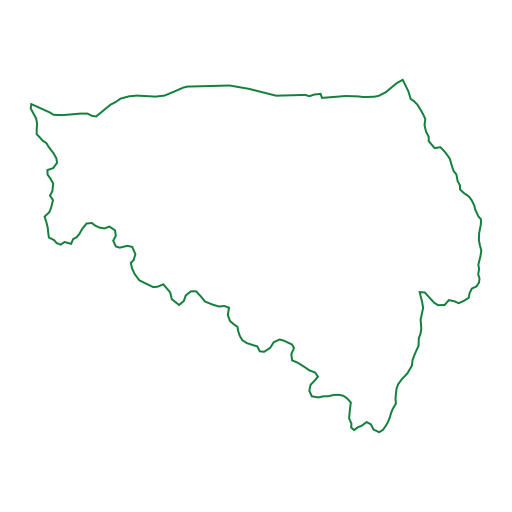 Riolândia, São Paulo, Brazil
{"feature_id": "56859067B96578254968742", "entity_name": "Riolândia", "entity_type": "district", "adm_level": 2, "iso_a3": "BRA", "parent_name": "Brazil", "parent_adm1": "São Paulo", "projection": "orthographic", "projection_center": [-49.714, -20.05], "detail": "fine", "context": "isolated", "style": "outline", "palette": "green", "viewbox_px": 512, "rotation_deg": 0, "n_neighbors": 0, "source": "geoboundaries", "source_scale": "gbopen_adm2", "svg_char_len": 2883}
<svg xmlns="http://www.w3.org/2000/svg" viewBox="0 0 512 512"><path d="M229.6,85.5L187.3,86.6L183.3,87.6L173.7,91.8L164.5,95.6L155.5,96.6L136.7,95.6L129.1,96.3L120.6,98.6L115.7,102.0L110.5,104.7L96.1,116.5L91.9,115.8L87.5,113.6L80.3,113.6L63.0,115.1L53.5,114.8L49.9,112.5L31.3,104.1L30.7,108.5L33.9,114.4L36.1,118.4L37.1,123.5L36.7,129.2L36.7,134.2L39.6,137.2L42.8,140.8L46.2,142.9L49.2,147.7L53.5,153.2L56.3,158.2L57.1,162.7L53.2,168.1L47.4,170.1L47.6,174.7L50.6,178.8L53.2,183.7L52.4,191.1L50.0,195.5L53.0,200.2L51.0,208.1L49.3,212.2L44.6,216.6L46.4,222.3L47.7,227.6L48.2,232.4L48.9,237.5L54.2,240.2L56.6,243.1L60.7,244.6L64.6,242.0L71.1,243.9L73.1,239.1L76.6,237.3L79.4,233.9L82.4,228.6L86.6,223.5L91.8,223.0L95.2,225.6L99.5,227.6L104.5,228.4L109.4,226.6L115.0,230.3L115.8,235.8L113.2,240.6L115.8,246.4L119.7,247.7L127.3,245.8L132.2,246.9L135.4,254.2L133.6,260.1L130.8,262.9L132.0,268.2L134.5,273.8L139.3,280.3L144.1,282.7L153.2,287.1L157.7,286.7L163.3,284.3L170.2,292.4L171.8,299.2L179.1,305.0L183.8,301.0L185.8,295.3L191.1,291.3L196.1,291.3L200.7,296.3L204.9,301.5L212.3,304.5L219.0,306.5L224.4,306.0L229.0,307.7L227.8,315.1L230.0,321.0L234.2,324.6L237.5,326.8L238.1,330.8L239.6,335.5L242.3,340.2L246.8,343.1L252.7,345.0L257.3,346.4L259.8,351.3L264.1,351.8L270.3,347.7L273.7,342.2L279.6,339.5L283.8,340.6L287.5,342.4L292.0,344.5L294.0,348.1L291.3,354.1L292.1,360.3L297.6,362.7L304.4,366.9L309.3,370.3L315.2,372.6L317.9,376.6L315.4,379.8L310.6,384.8L309.3,390.7L311.8,396.3L318.2,397.4L323.1,396.4L328.5,396.2L334.0,394.9L339.5,394.9L343.4,395.8L347.2,398.5L350.8,402.5L349.8,410.7L349.1,418.3L351.4,423.6L351.2,427.5L354.1,430.1L357.7,427.4L361.7,425.7L366.6,422.1L370.9,424.3L373.5,429.5L379.1,432.2L382.9,429.9L385.6,426.1L387.8,422.3L390.0,416.9L391.0,413.1L392.7,409.0L395.9,403.6L395.5,398.1L395.9,394.1L396.5,388.8L398.3,384.0L402.0,379.0L407.3,373.5L411.9,365.7L412.6,359.8L414.3,355.3L416.3,350.7L418.5,345.9L418.8,338.3L420.6,333.4L421.3,328.6L420.6,319.8L423.1,307.9L422.1,301.8L420.9,297.2L419.7,292.1L424.8,292.5L434.1,302.7L438.1,305.2L444.6,305.0L448.9,300.1L454.5,301.3L458.6,303.2L463.6,301.0L468.7,297.8L469.6,293.1L471.8,288.6L476.5,286.4L479.0,282.5L479.5,278.6L478.2,274.3L479.1,268.9L478.3,264.8L480.5,256.0L481.3,250.3L479.9,245.5L478.9,240.1L479.1,233.4L480.9,224.1L480.9,219.3L478.3,216.2L475.4,210.0L474.2,205.4L471.6,200.1L468.8,196.4L463.8,193.0L460.0,189.4L460.0,185.4L457.6,181.1L456.4,174.5L453.6,171.0L451.7,165.3L449.9,159.0L447.5,155.4L444.7,151.7L440.4,147.2L434.6,148.1L431.9,144.9L428.7,141.1L428.7,136.7L426.0,131.6L424.5,125.1L425.3,119.2L423.5,115.0L420.8,110.2L417.5,104.8L413.9,101.1L410.7,99.0L408.5,91.6L402.7,79.8L396.6,83.2L385.8,92.2L378.8,95.8L374.5,96.7L363.8,97.1L358.2,96.4L345.6,96.0L322.0,97.9L320.6,93.9L314.4,94.5L309.4,96.2L305.2,94.9L276.2,95.7L248.7,88.8L229.6,85.5Z" fill="none" stroke="#15803d" stroke-width="2"/></svg>